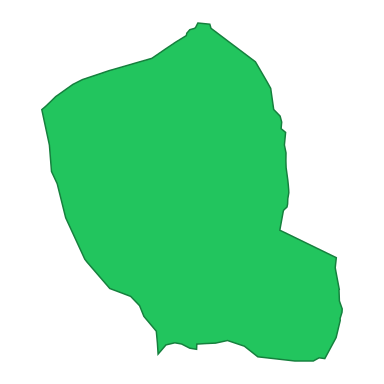 outline of San Pedro Topiltepec, Oaxaca, Mexico
{"feature_id": "50627088B10817237938437", "entity_name": "San Pedro Topiltepec", "entity_type": "district", "adm_level": 2, "iso_a3": "MEX", "parent_name": "Mexico", "parent_adm1": "Oaxaca", "projection": "mercator", "projection_center": [-97.35, 17.457], "detail": "fine", "context": "isolated", "style": "filled", "palette": "green", "viewbox_px": 384, "rotation_deg": 0, "n_neighbors": 0, "source": "geoboundaries", "source_scale": "gbopen_adm2", "svg_char_len": 1132}
<svg xmlns="http://www.w3.org/2000/svg" viewBox="0 0 384 384"><path d="M340.2,320.5L340.1,318.4L342.0,312.3L342.2,308.9L339.4,301.0L339.0,290.1L339.3,289.6L337.1,278.0L335.9,271.6L335.3,268.2L335.2,267.9L336.3,257.7L279.8,230.2L283.3,211.1L283.8,210.0L287.0,207.0L287.6,204.0L287.8,198.7L288.8,192.8L288.7,190.0L288.3,185.1L287.8,180.2L286.1,167.6L285.9,161.1L285.9,160.1L286.0,152.9L284.4,145.0L285.6,132.4L281.1,128.7L281.7,122.1L280.1,116.1L273.7,109.5L270.7,88.4L266.8,81.4L260.3,70.2L255.4,61.8L227.5,40.8L211.0,28.3L209.8,24.2L197.9,23.0L195.5,27.6L194.4,28.4L189.8,29.7L186.8,33.2L186.3,35.6L175.4,42.3L165.6,48.9L151.9,58.3L108.9,70.7L82.4,79.6L72.9,84.4L55.7,96.6L50.0,102.2L45.7,106.3L41.8,109.6L49.4,145.0L51.5,171.5L57.2,183.7L65.7,217.8L84.8,259.2L87.2,262.3L109.8,288.5L130.7,296.4L139.6,305.7L143.9,316.4L156.3,331.2L157.4,343.0L158.1,354.1L166.0,344.9L174.8,342.8L181.6,344.0L189.8,348.2L196.6,349.3L196.8,344.1L204.8,343.6L215.6,343.1L227.5,340.5L244.4,346.2L257.8,356.8L268.5,358.0L295.0,361.0L313.3,361.0L319.1,357.8L324.8,358.6L336.1,337.6L340.2,320.5Z" fill="#22c55e" stroke="#15803d" stroke-width="1.5"/></svg>